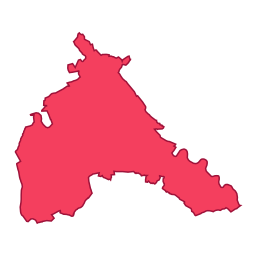 outline of Blaj, Alba, Romania
{"feature_id": "2599482B66726389120043", "entity_name": "Blaj", "entity_type": "district", "adm_level": 2, "iso_a3": "ROU", "parent_name": "Romania", "parent_adm1": "Alba", "projection": "equal_earth", "projection_center": [23.921, 46.156], "detail": "fine", "context": "isolated", "style": "filled", "palette": "rose", "viewbox_px": 256, "rotation_deg": 0, "n_neighbors": 0, "source": "geoboundaries", "source_scale": "gbopen_adm2", "svg_char_len": 5722}
<svg xmlns="http://www.w3.org/2000/svg" viewBox="0 0 256 256"><path d="M72.9,216.1L73.5,215.3L73.9,214.0L73.5,214.0L74.4,212.0L76.1,209.8L77.3,209.2L77.6,208.7L78.6,208.1L80.7,207.5L82.3,206.2L82.7,205.7L84.4,202.7L84.8,201.5L85.4,200.6L86.3,199.5L87.0,199.0L88.1,197.8L88.5,198.0L92.1,193.1L91.7,192.4L90.8,189.2L90.5,188.8L88.8,181.3L88.5,177.5L89.4,176.2L92.2,174.6L92.7,174.1L99.2,172.8L98.4,175.9L100.9,176.5L101.7,175.8L102.3,175.6L102.3,176.1L103.6,177.5L105.0,177.9L108.5,179.6L109.0,179.3L110.2,179.4L110.6,179.9L111.1,177.7L111.4,177.4L111.2,174.9L114.5,174.6L114.0,171.3L116.2,171.6L122.9,171.6L128.0,172.1L133.7,171.5L135.3,173.3L136.0,172.8L136.7,173.4L138.1,173.0L140.6,174.4L141.4,175.8L144.1,175.2L144.1,175.4L147.0,175.5L146.3,176.1L145.9,177.2L145.9,177.9L145.6,179.4L145.6,181.9L147.5,182.2L147.8,181.7L148.6,181.1L149.3,182.0L151.0,183.4L151.5,183.1L152.4,183.4L152.6,183.2L152.9,183.4L153.1,183.4L153.3,183.1L154.2,183.5L154.5,183.9L155.1,183.8L155.6,183.4L156.6,182.1L157.2,180.8L159.1,180.0L160.2,177.6L159.6,176.2L159.6,175.8L162.6,176.6L163.5,176.5L164.2,177.0L164.1,177.8L163.2,178.8L163.1,181.3L163.8,183.2L164.3,183.7L164.3,184.0L164.2,184.2L164.3,185.3L162.8,187.1L162.7,187.8L162.4,188.1L162.4,188.3L162.9,188.9L165.4,190.6L165.7,191.3L166.3,192.0L166.8,191.5L167.3,191.6L168.6,192.7L168.9,192.6L169.3,192.8L169.1,193.1L170.2,193.9L170.8,193.8L171.1,194.1L171.7,194.4L174.5,194.6L175.9,195.5L178.4,197.5L178.9,197.6L179.3,198.6L179.9,199.3L184.5,201.7L184.6,202.1L184.0,203.0L185.7,205.6L191.0,208.5L191.5,209.7L191.7,211.3L193.0,212.1L194.0,213.3L194.8,215.0L195.7,215.6L200.8,213.6L201.8,212.8L203.8,212.2L206.3,210.9L207.1,210.7L209.3,210.7L212.3,211.3L213.1,211.7L213.5,211.6L214.4,210.9L216.0,210.3L217.7,210.0L218.7,210.0L219.9,210.3L220.6,210.3L221.7,209.4L223.0,208.9L224.0,209.0L225.3,208.4L226.0,207.7L227.7,208.6L230.9,211.9L235.3,209.0L236.8,208.6L237.7,207.7L240.6,205.5L239.4,205.3L238.6,203.8L237.2,200.1L237.4,197.3L236.8,193.6L235.4,191.1L232.9,188.9L231.8,186.8L231.1,185.9L227.7,184.5L225.9,184.5L224.4,185.3L223.3,187.1L222.1,187.5L220.9,187.2L219.0,183.8L218.7,181.9L219.2,179.2L219.2,177.5L218.8,176.2L218.2,175.8L216.7,175.7L214.9,175.8L212.7,176.5L211.4,176.4L207.0,172.0L206.1,170.8L205.6,168.3L206.9,165.1L207.2,163.0L207.1,161.6L206.4,160.4L204.6,159.3L203.3,159.0L201.9,159.1L200.9,159.6L198.5,162.4L197.1,163.3L195.6,163.6L193.5,163.3L189.7,161.2L188.3,159.8L187.3,157.8L187.5,153.9L187.2,151.8L186.4,150.2L184.7,149.2L183.7,149.1L181.5,149.7L180.0,150.6L176.4,156.1L175.5,156.4L174.2,156.1L173.0,155.0L171.9,153.0L173.9,150.5L175.9,147.3L174.0,146.1L174.9,145.5L175.7,144.2L170.1,141.8L169.0,141.4L168.0,141.4L166.2,140.7L160.8,137.5L160.4,137.1L160.0,135.3L156.7,132.0L154.5,129.2L156.5,128.9L156.9,129.0L157.3,129.4L158.0,129.1L162.2,128.9L163.4,128.0L163.9,126.7L163.1,126.2L162.2,126.1L162.2,125.4L162.0,125.2L160.1,124.8L159.8,124.3L159.9,123.7L159.7,123.4L158.1,123.3L157.2,122.6L156.9,122.3L156.8,121.6L156.4,120.8L156.5,120.4L155.6,120.2L151.6,117.2L150.1,115.8L149.4,114.8L148.0,113.8L145.8,111.6L145.0,109.6L145.5,108.8L145.7,107.4L145.6,106.6L142.6,102.0L137.6,95.8L136.5,96.3L134.4,91.8L127.5,83.5L126.2,81.6L125.3,81.1L122.6,78.7L120.8,76.1L119.7,74.1L118.3,72.7L118.9,71.6L119.2,70.3L119.8,69.2L121.5,67.2L122.3,64.7L122.9,64.5L124.2,64.7L125.4,65.1L126.1,65.0L128.5,62.6L129.3,61.1L130.4,59.8L130.5,59.3L129.8,59.1L129.1,56.1L127.9,56.4L122.6,59.9L122.2,61.0L122.0,60.2L121.4,59.5L118.5,57.0L117.3,57.6L117.1,57.8L116.2,58.1L114.9,57.6L113.7,56.8L112.6,56.7L111.5,56.2L110.8,56.1L109.0,56.3L109.2,54.9L108.5,54.7L106.5,54.4L102.4,54.5L101.1,55.3L97.1,51.2L96.6,50.3L96.1,50.0L95.6,50.0L94.2,50.7L93.1,47.4L92.4,44.2L90.5,44.7L89.2,41.6L85.1,39.6L84.5,39.2L84.4,36.6L82.7,34.3L81.5,34.6L81.2,34.5L79.8,33.6L79.3,32.9L78.2,33.8L78.0,34.4L77.6,36.1L77.6,37.0L74.1,41.2L73.6,41.6L74.1,42.5L74.8,44.3L75.4,45.3L78.4,48.1L79.0,48.8L79.6,50.4L82.1,53.1L82.4,53.9L83.4,54.7L85.0,55.6L85.4,56.1L85.7,56.6L85.7,58.3L85.4,58.8L84.3,59.7L83.1,61.3L82.6,61.5L81.8,61.3L80.4,59.5L78.5,60.1L75.2,67.5L72.6,63.6L68.0,64.9L67.8,68.1L68.2,70.1L69.5,72.6L72.5,72.2L78.7,71.0L78.8,71.5L78.5,71.5L78.6,74.0L80.2,77.0L79.2,77.8L78.0,79.1L76.7,79.9L74.9,80.6L74.1,80.7L71.4,81.9L69.6,82.2L67.1,83.0L67.4,83.6L68.5,84.6L68.4,85.1L69.1,85.5L69.3,86.0L68.2,86.3L67.5,86.1L66.3,86.7L65.3,87.6L64.3,88.0L64.0,88.5L55.4,93.1L54.1,93.1L51.9,93.6L50.7,94.5L49.6,95.8L48.5,96.7L45.2,98.1L45.2,99.3L44.9,100.4L43.9,100.8L43.7,105.4L46.5,105.6L46.5,105.9L45.4,105.8L45.2,106.4L44.7,107.3L41.8,110.4L41.8,111.1L47.0,110.9L48.7,114.5L50.5,119.5L50.9,119.5L52.4,123.9L49.5,127.1L47.7,127.7L45.8,127.1L43.1,124.4L41.2,121.3L41.5,118.8L41.0,115.5L38.5,113.2L36.1,112.8L31.7,114.1L30.5,114.6L30.7,115.2L32.3,115.4L34.0,114.8L33.6,117.5L34.2,122.0L33.8,122.2L33.0,123.4L32.3,124.9L30.3,125.9L25.6,127.1L25.4,128.0L24.8,128.8L24.8,129.4L23.8,131.4L23.7,132.3L23.4,133.2L22.9,133.6L22.9,133.9L22.6,134.3L22.8,135.3L22.0,136.6L21.4,137.3L21.4,137.8L20.7,138.9L20.5,140.8L20.0,141.5L19.2,143.4L19.2,145.3L18.1,147.3L18.1,147.8L17.4,149.6L15.8,151.0L15.4,151.9L20.6,161.3L16.8,163.6L16.8,164.5L17.9,169.2L18.7,171.6L19.6,177.2L20.2,179.4L20.5,179.9L20.9,181.5L22.0,184.3L22.3,186.4L22.3,187.0L21.4,190.1L21.2,194.8L21.2,199.4L21.0,202.3L20.2,207.1L20.6,211.9L20.9,213.3L21.7,215.0L23.1,216.2L26.7,221.3L28.1,221.6L30.9,219.0L32.9,218.8L35.4,220.0L35.8,220.4L37.2,223.1L38.1,222.6L40.0,222.3L40.4,222.0L42.1,221.9L42.2,221.5L46.7,220.6L51.3,221.0L54.1,218.2L51.6,214.7L53.3,214.0L58.4,211.2L60.2,210.5L60.5,211.1L60.0,212.4L60.1,212.7L60.5,213.0L61.6,213.3L63.5,214.2L66.5,214.4L68.4,214.9L69.5,215.0L70.0,215.4L71.6,216.2L72.9,216.1Z" fill="#f43f5e" stroke="#9f1239" stroke-width="1.5"/></svg>